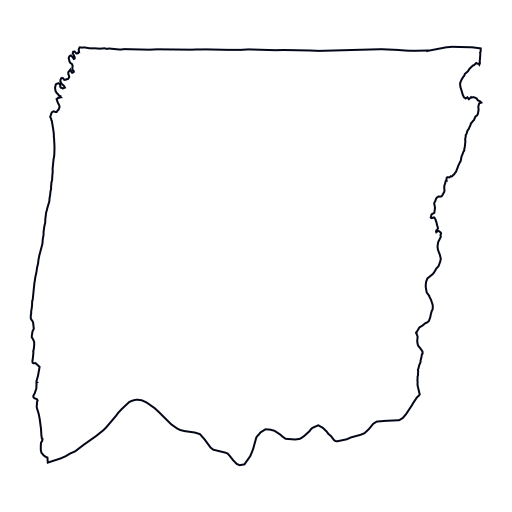 Bignona, Ziguinchor, Senegal (Equal Earth projection)
{"feature_id": "50182788B19391387689457", "entity_name": "Bignona", "entity_type": "district", "adm_level": 2, "iso_a3": "SEN", "parent_name": "Senegal", "parent_adm1": "Ziguinchor", "projection": "equal_earth", "projection_center": [-16.329, 12.862], "detail": "fine", "context": "isolated", "style": "outline", "palette": "ink", "viewbox_px": 512, "rotation_deg": 0, "n_neighbors": 0, "source": "geoboundaries", "source_scale": "gbopen_adm2", "svg_char_len": 5755}
<svg xmlns="http://www.w3.org/2000/svg" viewBox="0 0 512 512"><path d="M438.2,242.0L440.8,236.9L440.5,235.0L441.1,233.2L440.6,232.5L438.9,231.1L437.8,231.0L436.3,232.2L436.0,231.4L436.4,230.3L437.2,229.8L438.0,228.2L436.8,224.2L436.6,222.9L435.6,219.8L434.3,217.5L433.9,217.4L431.8,218.2L431.0,217.9L430.7,217.4L431.2,216.3L431.3,214.9L431.9,214.1L434.1,213.0L434.4,212.6L435.0,207.6L434.2,203.6L434.5,202.4L435.3,201.0L436.0,198.8L436.9,197.5L438.8,196.4L439.9,196.7L441.3,196.4L442.0,195.9L444.1,192.1L444.5,190.6L444.2,187.8L444.4,185.5L445.2,183.2L445.6,181.1L446.0,180.6L446.6,180.7L446.4,179.5L446.8,177.6L447.5,177.2L449.5,177.4L450.7,176.3L451.3,176.5L452.2,176.2L453.0,175.2L454.2,174.3L454.6,173.5L456.0,171.8L458.6,165.0L460.1,161.9L460.4,161.7L461.0,159.7L461.3,157.5L461.8,155.8L462.5,154.3L463.4,151.7L464.3,150.6L464.2,149.4L464.7,147.5L465.0,145.2L465.4,140.9L465.1,139.7L465.7,136.5L465.7,135.2L466.6,133.7L467.1,131.7L467.7,130.2L468.5,129.4L470.5,125.0L471.0,123.2L472.1,122.2L472.9,121.0L473.8,120.3L475.4,116.6L477.1,115.3L477.9,113.8L478.6,109.8L478.3,107.1L478.8,104.5L479.3,103.3L481.3,102.6L480.2,101.4L477.8,100.3L476.5,98.3L473.5,97.1L471.6,97.6L471.1,97.1L468.9,99.2L467.4,97.3L465.7,98.5L464.0,97.3L462.8,94.9L461.0,88.7L460.5,87.5L460.1,84.3L460.2,82.9L461.7,79.3L462.8,77.7L463.3,76.6L464.2,75.9L464.8,74.0L467.9,71.3L469.4,68.9L472.9,65.5L474.0,65.2L476.2,63.0L477.3,63.7L478.6,63.6L479.3,64.7L479.9,63.2L479.7,60.6L480.0,59.3L480.0,58.2L480.3,54.3L480.1,52.5L480.5,52.0L480.7,50.7L480.7,48.4L472.2,47.3L452.2,46.8L446.3,47.3L427.5,50.9L427.6,50.5L415.2,50.8L407.8,50.7L397.0,49.9L381.3,49.2L318.9,50.9L310.0,50.5L284.2,50.0L275.2,50.2L248.4,49.4L240.5,49.9L229.5,49.9L206.8,49.4L195.6,49.5L191.4,49.7L157.5,49.3L149.3,49.7L124.3,49.1L120.3,49.6L109.0,48.5L106.9,48.9L104.6,48.3L99.6,48.7L94.9,48.3L89.7,48.3L84.3,47.4L82.4,47.6L79.6,47.4L78.7,49.4L79.0,51.7L78.8,51.6L78.6,52.3L78.3,52.4L78.1,53.2L76.5,53.5L74.5,51.5L73.2,51.7L72.7,53.1L74.6,57.0L74.7,58.5L73.9,59.0L72.8,57.6L72.7,57.0L71.5,56.2L70.9,55.4L69.8,55.9L69.1,56.8L68.7,58.1L69.6,61.8L70.3,62.9L71.8,63.9L72.6,65.5L72.3,69.3L73.3,70.8L73.6,70.9L73.8,71.4L73.7,72.0L72.4,72.8L71.8,72.6L70.9,71.0L70.3,70.3L69.9,70.5L69.9,70.2L68.3,72.2L68.3,74.2L68.9,75.4L69.2,77.2L67.9,79.1L66.4,79.2L65.9,79.7L64.3,79.9L63.1,78.3L62.1,77.9L61.2,78.3L60.6,79.5L60.3,81.3L61.0,82.5L61.3,83.5L63.8,85.7L64.9,87.6L62.8,88.5L62.1,88.0L61.0,87.8L60.3,86.9L60.3,85.5L59.9,84.6L59.3,83.7L58.5,83.2L56.4,83.9L55.7,84.6L55.5,86.0L55.1,87.2L55.1,88.5L55.6,91.3L56.1,91.8L56.6,93.0L57.6,93.8L58.8,95.3L59.9,96.1L60.4,96.1L60.5,96.9L60.9,97.3L59.6,97.5L58.8,97.9L58.2,97.7L57.5,98.5L56.6,99.0L57.5,101.9L59.3,105.6L59.6,107.0L59.2,107.8L58.6,109.7L57.8,110.2L56.6,112.0L55.5,112.0L53.7,111.3L52.1,112.1L51.5,113.0L50.3,116.6L50.3,117.2L51.1,118.6L51.3,120.0L51.8,120.8L53.2,129.2L53.8,133.8L53.9,137.8L54.2,139.5L54.1,140.8L54.3,142.4L54.5,147.8L54.3,154.4L54.0,157.3L53.6,158.8L52.6,168.7L52.7,172.6L52.4,174.3L52.1,179.7L51.8,181.5L51.4,182.2L51.3,184.9L51.0,186.4L51.1,189.0L50.5,191.4L50.0,196.0L49.6,197.7L49.3,201.5L47.3,208.1L46.7,210.9L46.2,212.0L45.3,219.3L45.2,222.7L44.4,226.0L43.6,231.5L43.5,235.2L42.8,238.9L42.4,243.9L39.4,255.1L38.4,260.2L38.1,263.4L37.1,267.4L36.5,271.7L35.2,277.8L34.8,281.0L34.4,283.0L32.8,298.8L32.6,300.2L32.2,300.9L32.0,306.1L31.1,312.0L31.2,313.5L30.9,314.5L30.7,317.7L31.0,319.1L32.6,321.3L33.1,322.5L33.8,328.8L32.5,331.4L31.8,335.8L31.8,337.4L33.0,339.2L34.2,342.0L34.2,344.8L33.8,349.1L33.2,351.2L33.4,351.7L33.3,353.8L32.8,358.7L32.5,360.1L32.4,361.5L32.7,362.8L33.5,363.3L35.5,363.1L39.6,366.9L38.0,375.8L36.4,381.4L36.4,382.0L37.0,382.4L36.6,382.6L36.4,383.3L36.5,385.0L36.3,388.7L34.6,393.5L33.5,395.4L33.3,396.2L33.4,397.1L34.0,397.9L35.2,398.6L36.7,399.0L37.6,400.5L37.2,401.5L36.9,402.6L37.0,404.6L36.8,405.0L36.7,406.1L36.8,407.7L38.7,413.9L39.7,419.0L41.0,428.9L41.4,435.5L41.9,438.6L42.5,439.0L42.2,440.8L41.0,442.8L40.8,445.8L40.8,450.0L41.4,452.7L43.4,455.1L45.5,456.8L47.4,457.5L47.8,462.6L60.7,458.4L65.7,456.2L70.0,453.6L75.2,451.3L83.4,445.0L96.4,435.8L103.5,430.1L106.1,427.5L116.2,415.6L118.1,412.9L121.6,409.2L129.1,402.1L131.4,401.0L134.7,400.0L137.2,399.7L141.8,400.3L146.6,402.5L154.7,408.2L158.8,412.0L171.2,424.3L177.1,428.5L180.1,430.0L184.6,431.1L194.6,432.5L199.9,434.1L204.5,439.3L210.6,447.6L213.3,449.7L225.2,452.6L227.6,453.5L229.5,455.6L233.1,460.2L236.7,463.9L239.5,465.2L244.4,464.4L250.2,456.2L252.1,451.7L253.2,448.7L256.3,437.5L257.9,435.3L258.6,434.8L260.5,432.4L265.5,429.3L270.1,429.6L274.5,430.8L280.3,434.6L282.9,436.9L285.6,438.8L295.1,439.5L299.6,438.9L301.2,438.1L304.2,436.0L309.5,431.2L310.7,429.5L312.1,428.1L313.7,427.3L318.3,425.3L322.9,427.9L326.7,431.6L328.4,433.9L330.9,436.0L334.2,440.3L335.7,441.1L337.2,441.3L346.7,439.3L351.0,437.4L360.6,434.8L364.5,433.2L368.9,429.1L373.2,423.8L376.7,421.6L384.8,420.9L399.2,420.2L402.8,418.0L406.0,414.2L411.7,405.6L413.3,402.8L417.0,397.3L419.0,395.5L419.7,394.4L417.7,386.0L417.5,384.5L417.6,381.7L417.4,380.5L417.6,378.1L417.5,377.0L418.1,374.8L417.9,373.6L418.2,371.7L417.9,369.8L418.3,368.9L419.3,364.9L420.0,363.5L420.6,361.7L420.5,361.0L421.6,356.3L421.9,354.2L422.6,353.6L422.5,351.5L420.3,348.3L418.3,345.9L417.7,344.3L417.2,341.3L417.6,336.6L416.7,334.1L416.5,332.8L416.1,332.8L416.2,332.3L416.9,331.7L419.4,327.4L422.3,325.7L425.3,323.2L427.1,322.5L428.9,321.0L430.3,317.1L430.7,314.8L431.7,311.1L432.5,309.7L432.8,307.8L432.7,305.0L431.0,299.8L429.3,296.5L429.3,296.0L426.7,292.5L425.7,286.8L425.8,284.2L426.2,281.4L427.6,278.1L428.9,277.3L430.1,276.2L432.7,274.2L434.3,272.1L436.3,268.6L438.5,266.2L440.1,261.9L440.8,258.9L439.9,254.9L438.7,251.9L437.9,249.5L437.5,246.4L438.2,242.0Z" fill="none" stroke="#020617" stroke-width="2"/></svg>